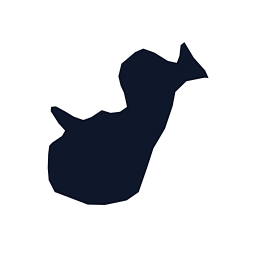 Simrishamn, Skåne, Sweden, rotated 59°
{"feature_id": "70781695B62390377140785", "entity_name": "Simrishamn", "entity_type": "district", "adm_level": 2, "iso_a3": "SWE", "parent_name": "Sweden", "parent_adm1": "Skåne", "projection": "robinson", "projection_center": [14.183, 55.612], "detail": "fine", "context": "isolated", "style": "filled", "palette": "ink", "viewbox_px": 256, "rotation_deg": 59, "n_neighbors": 0, "source": "geoboundaries", "source_scale": "gbopen_adm2", "svg_char_len": 719}
<svg xmlns="http://www.w3.org/2000/svg" viewBox="0 0 256 256"><g transform="rotate(59 128 128)"><path d="M84.3,36.2L84.8,39.8L93.2,46.2L98.3,52.7L91.5,59.9L77.5,67.1L68.5,74.4L67.4,82.8L70.2,100.1L79.2,109.0L88.2,111.8L96.0,112.6L110.1,117.4L110.7,126.7L106.7,135.6L100.0,141.6L100.5,154.1L98.8,162.6L91.0,169.1L81.9,173.9L72.9,179.2L72.0,181.1L71.2,182.8L74.0,184.8L88.1,184.4L98.3,182.4L101.6,188.5L102.2,200.2L103.3,204.2L109.5,209.1L121.4,216.8L132.1,222.1L144.9,223.0L152.5,217.0L172.4,201.4L181.4,187.1L188.6,166.3L187.7,152.1L171.4,132.6L157.9,117.1L147.0,97.0L131.6,78.9L120.8,69.2L117.2,53.8L123.5,36.3L125.3,33.8L118.4,33.0L101.7,36.2L84.3,36.2Z" fill="#0f172a" stroke="#020617" stroke-width="1.5"/></g></svg>